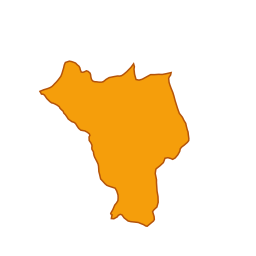 Sri Aman, Sarawak, Malaysia (Mercator projection), rotated 53°
{"feature_id": "92858781B67044495158935", "entity_name": "Sri Aman", "entity_type": "district", "adm_level": 2, "iso_a3": "MYS", "parent_name": "Malaysia", "parent_adm1": "Sarawak", "projection": "mercator", "projection_center": [111.279, 1.22], "detail": "fine", "context": "isolated", "style": "filled", "palette": "amber", "viewbox_px": 256, "rotation_deg": 53, "n_neighbors": 0, "source": "geoboundaries", "source_scale": "gbopen_adm2", "svg_char_len": 2418}
<svg xmlns="http://www.w3.org/2000/svg" viewBox="0 0 256 256"><g transform="rotate(53 128 128)"><path d="M45.7,176.3L48.8,176.7L49.9,175.5L51.5,174.9L53.0,175.0L55.7,175.1L57.2,174.9L59.9,174.5L61.9,173.9L63.2,172.8L64.8,171.9L67.2,170.8L69.6,170.1L71.4,170.4L73.5,170.1L75.5,169.7L77.7,170.3L79.4,170.0L82.5,170.1L84.9,170.3L89.2,169.0L91.0,167.7L92.8,167.2L96.1,167.5L98.7,167.6L101.3,167.0L103.3,165.2L104.2,164.3L107.0,163.0L109.5,162.4L111.0,162.9L111.7,164.5L114.6,166.5L117.4,166.6L119.9,167.1L121.1,167.9L122.0,168.8L123.3,169.6L124.9,169.8L126.4,170.0L127.4,170.7L129.3,171.6L131.2,172.2L136.1,173.0L138.8,173.6L140.7,174.5L145.3,177.5L148.4,178.8L152.2,180.5L155.2,180.2L158.7,179.9L161.0,179.4L163.0,178.2L166.3,175.9L168.3,174.5L171.5,174.9L175.5,176.3L177.7,177.8L179.9,179.7L181.0,182.4L181.6,185.0L184.1,189.3L185.0,191.4L185.8,193.2L187.1,193.5L187.9,193.0L188.4,193.7L189.4,194.9L190.3,195.8L192.0,193.9L192.5,190.0L191.9,188.3L192.3,186.1L193.8,185.1L197.4,185.2L202.3,183.9L204.4,182.2L207.2,179.2L209.7,176.6L212.3,175.1L214.4,173.8L216.9,172.8L217.7,172.1L218.0,171.8L217.6,163.6L216.9,162.0L214.3,160.4L209.6,158.7L208.9,156.5L208.5,152.5L205.5,148.6L200.8,145.3L195.9,142.8L188.7,138.1L186.5,136.4L180.7,133.6L177.7,130.6L177.5,129.6L177.4,125.2L176.9,120.6L175.5,118.3L174.4,116.7L175.7,114.0L178.2,112.1L179.9,111.2L180.0,110.6L180.3,108.3L179.4,104.4L177.8,100.8L176.0,98.7L175.5,96.5L175.5,93.3L175.2,89.3L174.6,87.1L173.1,85.8L169.4,83.7L167.2,82.4L165.2,81.8L161.6,80.3L159.0,79.1L155.7,78.8L152.2,78.1L147.2,78.2L142.6,76.8L134.7,74.0L129.8,72.0L126.5,70.8L122.2,69.7L118.6,68.6L116.2,67.7L112.9,65.7L112.0,64.3L111.4,62.2L109.7,60.2L107.4,65.3L105.8,68.5L103.6,71.2L101.2,74.9L99.0,77.8L98.5,81.2L97.6,87.3L96.4,90.4L94.1,92.4L89.0,90.4L87.8,89.7L86.5,88.9L84.6,87.8L82.9,86.0L80.1,84.9L81.4,89.4L82.3,95.2L82.5,99.3L82.3,101.8L81.4,103.6L80.2,105.0L78.6,108.1L76.4,112.7L76.0,116.2L76.1,118.3L76.1,119.9L75.4,121.7L73.9,123.6L72.2,125.3L71.0,126.7L69.7,127.7L67.6,128.0L65.2,127.1L62.9,125.8L61.3,125.3L58.8,125.8L57.3,126.8L56.9,128.9L56.4,130.5L55.2,131.7L53.0,131.1L50.8,130.2L49.1,130.0L47.0,130.5L44.6,130.8L42.9,131.8L41.1,133.0L39.3,134.6L38.6,136.7L38.0,138.6L39.3,140.9L41.4,143.4L44.8,148.0L46.3,150.5L47.0,152.8L47.7,155.4L48.2,157.7L48.5,159.9L48.9,162.0L49.1,164.0L48.8,166.2L48.0,168.9L46.7,172.4L45.7,176.3Z" fill="#f59e0b" stroke="#b45309" stroke-width="1.5"/></g></svg>